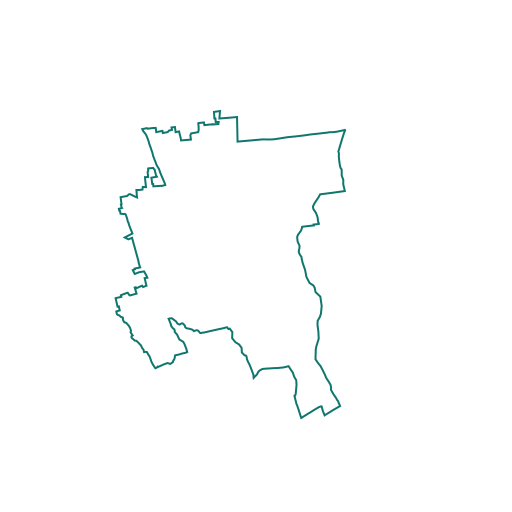 La Magdalena Tlaltelulco, Tlaxcala, Mexico, rotated 52°
{"feature_id": "50627088B59456591358447", "entity_name": "La Magdalena Tlaltelulco", "entity_type": "district", "adm_level": 2, "iso_a3": "MEX", "parent_name": "Mexico", "parent_adm1": "Tlaxcala", "projection": "orthographic", "projection_center": [-98.191, 19.28], "detail": "fine", "context": "isolated", "style": "outline", "palette": "teal", "viewbox_px": 512, "rotation_deg": 52, "n_neighbors": 0, "source": "geoboundaries", "source_scale": "gbopen_adm2", "svg_char_len": 6089}
<svg xmlns="http://www.w3.org/2000/svg" viewBox="0 0 512 512"><g transform="rotate(52 256 256)"><path d="M119.6,195.1L116.6,200.4L122.0,204.1L122.6,203.3L125.7,205.3L127.4,202.9L128.2,203.8L128.9,204.4L125.5,209.5L125.3,209.3L121.1,216.1L118.7,214.8L115.8,219.6L116.2,220.0L118.6,221.5L120.5,222.9L121.4,223.6L122.8,225.3L119.5,231.6L120.4,233.4L124.2,235.6L118.8,243.9L117.8,243.3L115.5,242.2L112.3,240.8L110.5,239.9L108.9,243.1L104.5,240.5L102.7,243.4L104.9,244.6L103.6,247.3L104.0,249.3L101.7,253.7L99.8,252.7L97.0,258.3L93.3,256.2L91.4,258.9L89.0,263.0L88.1,263.2L86.0,267.5L87.4,267.8L88.6,268.0L91.6,267.9L92.2,268.0L93.3,268.1L94.0,268.3L96.0,268.9L97.7,269.4L98.8,269.8L100.1,270.2L100.6,270.5L101.4,270.9L102.7,271.3L104.9,272.0L106.9,272.7L108.5,273.3L110.7,274.0L113.2,275.2L118.0,276.8L120.1,277.3L121.9,278.0L123.7,278.4L125.1,278.6L127.1,278.8L127.8,278.9L128.9,279.3L131.2,280.1L134.4,281.0L142.5,283.1L144.2,283.8L142.7,287.3L142.4,287.4L137.9,294.0L135.9,292.7L135.3,293.4L129.9,290.2L132.5,285.3L130.9,285.1L127.2,283.5L125.5,282.7L124.4,282.9L123.3,282.8L121.8,285.2L120.6,286.9L120.6,287.1L122.7,288.6L122.7,289.2L123.4,289.9L127.4,292.4L125.5,294.9L128.8,297.1L129.5,297.5L134.0,300.3L131.9,302.7L133.8,304.6L131.7,307.9L130.4,309.6L134.1,312.1L136.1,313.4L136.6,313.7L134.3,315.0L132.3,315.9L129.8,317.1L129.2,317.9L129.2,318.4L129.3,319.5L129.3,319.9L129.3,320.3L129.3,320.7L128.0,323.2L126.3,326.5L132.4,330.1L132.2,330.7L135.4,332.2L135.6,332.2L134.4,335.0L134.6,335.1L136.1,335.8L136.5,335.4L139.3,336.7L140.0,335.9L141.3,334.7L142.0,333.5L142.5,333.2L143.2,333.2L144.4,333.6L145.7,334.0L147.3,334.6L148.3,335.0L149.1,335.5L150.1,335.8L150.7,336.0L151.2,336.0L151.6,336.0L151.8,336.2L152.5,336.6L156.2,337.8L162.2,339.5L160.6,348.0L164.3,346.3L165.4,342.5L188.2,352.0L188.6,352.4L192.4,353.9L193.7,354.3L191.2,359.4L191.9,359.7L191.3,361.8L195.5,362.6L196.8,358.2L199.2,353.7L203.2,354.3L205.3,354.7L206.2,355.0L204.9,357.4L208.9,359.2L209.3,359.5L212.0,360.6L210.9,364.1L209.2,364.1L207.8,370.0L206.6,370.0L206.2,371.0L212.1,373.3L209.5,379.6L209.0,379.9L208.2,379.8L207.4,379.8L206.8,379.8L206.0,379.7L205.7,380.2L203.7,386.6L205.3,387.3L203.4,391.2L202.8,392.6L210.7,396.3L211.3,395.1L215.0,396.9L213.7,400.2L215.4,401.1L216.5,401.4L217.6,401.0L218.7,400.3L220.8,400.0L222.5,398.8L224.1,400.0L226.1,400.5L227.2,400.6L228.7,399.4L232.6,399.2L235.2,399.5L238.0,400.6L238.9,401.8L242.2,402.1L242.7,402.1L242.6,403.6L243.4,404.2L244.5,404.3L246.0,403.9L247.9,403.7L249.0,402.6L249.8,402.4L251.4,402.1L253.8,401.9L255.7,401.7L258.4,402.4L260.5,402.3L262.8,403.4L263.8,401.7L264.7,401.1L266.9,401.5L269.6,401.7L271.9,402.4L274.3,403.3L276.4,403.8L279.4,404.2L282.5,404.4L282.8,403.5L282.7,401.6L283.1,401.6L284.4,396.4L285.0,394.2L285.9,391.6L288.0,390.2L288.3,389.8L288.4,387.1L288.4,386.7L287.8,386.1L286.8,383.5L284.5,380.9L285.9,378.0L286.1,377.6L287.4,374.2L289.1,370.6L289.3,369.3L288.3,368.9L286.6,368.2L283.4,367.2L281.0,366.5L278.8,366.2L277.4,366.7L274.5,367.8L273.4,367.5L271.6,367.1L269.5,366.6L267.2,366.7L265.8,366.8L264.6,365.9L263.5,365.5L262.6,365.8L261.3,366.0L259.3,366.0L257.2,365.1L255.5,364.6L252.1,363.6L251.7,363.5L252.1,362.4L253.2,360.7L254.6,360.3L256.1,359.9L257.9,359.4L258.9,359.3L260.9,359.5L262.0,359.0L263.0,358.4L263.2,356.4L263.9,355.3L265.3,355.0L267.4,355.0L268.5,355.6L269.3,355.5L270.4,355.1L271.6,353.9L273.1,352.7L274.6,351.7L275.3,351.4L276.1,351.3L277.0,351.2L277.1,350.7L277.5,349.5L278.0,348.4L278.9,347.7L279.6,347.5L280.9,347.5L281.9,347.5L282.5,347.2L283.0,346.7L283.1,346.3L283.5,345.1L284.1,344.5L284.3,344.1L286.8,338.7L291.1,329.6L292.4,327.1L293.3,324.9L294.3,322.7L296.6,322.7L297.1,321.4L301.4,321.5L306.1,325.4L311.3,325.3L315.3,323.8L319.5,323.9L323.4,326.6L327.3,326.1L328.1,325.3L329.0,325.2L329.9,325.7L330.6,326.0L331.6,326.6L334.4,327.4L337.7,328.0L339.5,328.5L346.0,330.5L347.9,331.1L348.7,331.6L350.1,332.6L350.6,332.9L350.2,330.4L350.1,329.0L349.8,327.9L349.3,326.8L348.9,326.1L348.5,324.5L348.5,323.5L348.7,322.2L348.9,320.8L349.5,319.6L350.1,318.7L350.8,317.6L353.1,314.3L356.1,309.9L357.5,308.1L359.1,305.5L360.1,304.0L360.8,302.8L362.9,298.2L366.4,298.5L370.6,298.8L374.5,300.2L378.7,300.8L382.5,303.4L389.2,309.7L390.1,311.2L389.8,311.6L390.2,312.0L395.6,314.3L396.4,314.7L397.8,315.3L399.2,315.6L403.7,317.2L406.4,318.2L411.5,320.1L411.6,319.4L411.7,317.7L412.3,312.4L412.4,311.1L412.6,310.2L413.0,305.7L413.3,303.5L413.5,301.7L413.7,300.4L413.7,300.1L413.8,299.6L414.3,297.9L414.6,297.3L414.9,296.9L417.1,297.8L419.4,298.8L422.0,299.5L423.8,300.0L423.8,299.6L424.4,294.9L424.8,290.5L426.0,282.1L424.6,281.7L422.7,281.3L421.0,280.7L419.1,280.7L417.2,280.3L413.0,280.1L408.6,279.5L407.3,279.1L406.3,278.1L403.5,276.6L399.8,276.1L394.9,275.7L392.2,274.8L385.9,273.5L382.4,272.9L379.0,273.0L375.1,272.8L374.0,272.7L366.4,266.4L364.3,264.0L359.8,257.5L353.7,253.2L348.2,250.0L345.1,247.4L343.3,243.1L341.4,240.3L335.8,235.0L327.6,230.3L321.1,231.3L317.1,229.3L314.6,228.9L310.2,230.4L303.7,229.2L297.0,225.8L293.7,224.7L289.7,223.3L288.3,222.6L286.5,221.8L284.6,220.7L282.8,220.7L280.9,220.4L278.8,219.6L277.0,217.5L275.1,215.6L274.7,215.4L270.2,214.3L266.4,211.9L265.2,210.1L263.8,205.1L263.0,203.7L261.9,202.2L261.4,201.7L261.8,200.9L267.5,191.6L266.7,191.2L269.2,187.2L269.4,186.7L268.5,186.2L267.6,186.1L266.4,185.5L264.6,184.3L262.5,183.3L258.9,182.2L254.4,181.9L252.2,180.8L251.7,180.0L250.8,178.2L249.6,174.9L248.3,170.7L247.7,169.4L246.9,167.5L247.0,167.3L253.2,156.9L258.7,147.4L259.0,147.0L259.5,146.0L253.2,143.1L249.7,140.3L245.5,139.0L240.7,135.3L238.5,135.1L237.3,134.6L236.1,134.0L232.7,132.1L228.6,129.5L226.6,127.8L225.6,127.2L224.4,126.8L215.8,114.7L215.3,113.9L213.7,111.6L211.7,108.3L211.5,107.6L211.3,108.6L207.8,115.8L206.5,118.1L206.2,118.5L205.2,119.9L204.2,121.2L203.6,122.0L203.0,123.3L200.7,127.0L198.6,130.5L193.5,138.7L190.8,143.5L188.2,147.8L186.0,151.4L181.8,158.0L178.9,163.2L175.5,169.3L175.0,170.1L172.9,173.1L168.1,179.1L164.1,185.3L154.5,200.1L145.8,193.6L134.8,185.4L129.7,193.3L125.1,200.2L119.6,195.1Z" fill="none" stroke="#0f766e" stroke-width="2"/></g></svg>